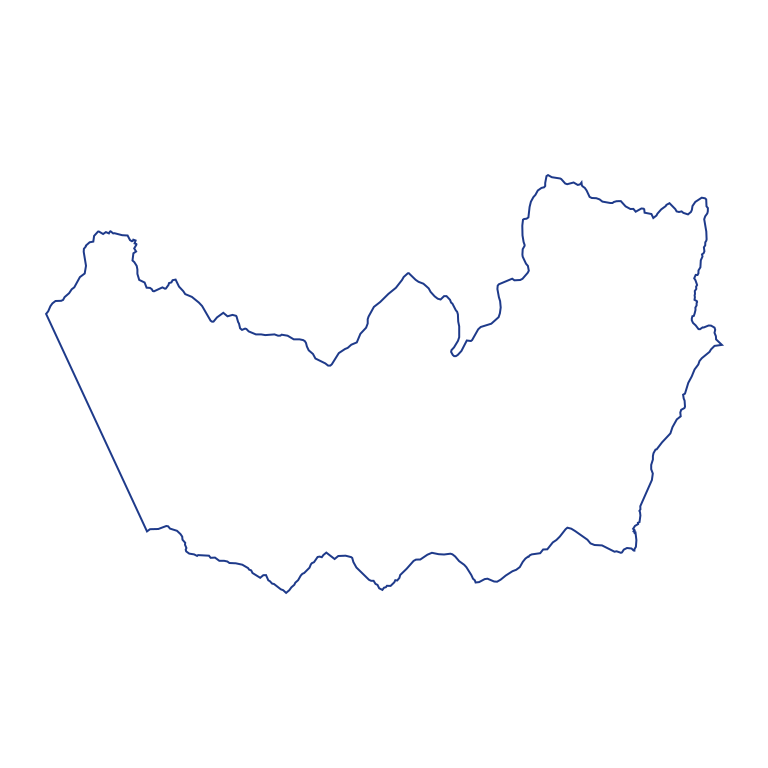 outline of Calima, Valle del Cauca, Colombia
{"feature_id": "7082276B94395141643556", "entity_name": "Calima", "entity_type": "district", "adm_level": 2, "iso_a3": "COL", "parent_name": "Colombia", "parent_adm1": "Valle del Cauca", "projection": "equal_earth", "projection_center": [-76.599, 3.955], "detail": "fine", "context": "isolated", "style": "outline", "palette": "blue", "viewbox_px": 768, "rotation_deg": 0, "n_neighbors": 0, "source": "geoboundaries", "source_scale": "gbopen_adm2", "svg_char_len": 6104}
<svg xmlns="http://www.w3.org/2000/svg" viewBox="0 0 768 768"><path d="M581.5,182.5L580.2,184.2L578.9,184.7L577.7,184.9L573.6,182.5L567.2,184.2L565.2,183.5L561.3,179.1L560.2,178.5L551.8,177.2L548.0,175.1L546.5,176.1L545.2,183.0L545.2,186.0L544.1,187.3L541.5,187.9L537.8,190.5L535.4,194.9L533.4,197.1L530.9,201.7L529.6,206.9L528.4,217.4L526.6,218.7L524.1,219.0L523.0,219.7L522.3,225.7L522.5,235.4L523.6,242.0L524.6,244.9L524.6,245.8L522.7,249.2L522.4,254.6L522.7,256.7L526.0,263.7L527.9,265.9L528.8,270.7L527.7,272.8L522.5,278.8L520.2,280.0L514.4,280.3L512.2,278.7L498.8,284.3L497.7,285.7L497.4,289.0L498.9,297.2L500.1,301.1L500.7,307.5L499.9,313.3L498.6,317.2L491.3,323.7L480.7,327.0L478.2,329.3L472.1,340.1L470.9,341.0L466.8,340.5L461.4,351.0L457.7,355.0L455.9,356.1L454.1,356.1L452.8,355.0L451.1,351.9L451.5,350.1L454.0,347.4L458.0,340.8L459.2,337.2L459.2,326.4L458.2,321.5L457.9,314.4L457.1,311.7L455.9,310.4L452.4,303.6L451.1,302.6L450.0,299.8L446.5,296.1L444.1,296.1L440.6,299.5L437.7,298.7L434.6,296.3L430.6,291.9L428.7,288.4L426.5,286.4L423.4,283.7L418.5,281.8L415.6,279.8L408.8,273.2L407.8,273.3L403.7,277.0L402.0,280.0L395.9,287.8L388.4,293.9L380.2,302.0L373.9,306.9L368.6,316.5L367.7,319.2L367.7,323.5L366.1,327.7L360.4,333.8L356.8,342.4L351.3,344.7L347.7,347.9L345.0,349.0L338.8,353.1L331.8,364.3L330.3,365.6L328.1,365.6L325.3,363.4L315.4,358.5L313.0,354.0L308.7,350.3L306.9,346.5L306.0,343.0L304.9,341.2L303.2,340.1L299.4,339.3L293.7,339.3L287.6,335.7L281.6,334.7L280.4,335.6L278.1,335.7L274.5,334.4L265.3,335.1L261.2,334.4L255.9,334.4L248.7,331.4L246.4,329.0L245.1,328.6L242.0,329.9L240.1,328.3L239.0,323.6L238.1,322.0L236.5,316.4L236.0,315.8L232.5,314.9L227.5,316.3L223.3,312.8L217.0,317.4L213.5,321.6L212.1,321.7L210.6,320.7L202.1,306.0L198.9,302.6L191.9,296.9L185.2,294.1L183.3,291.2L179.0,286.6L175.6,279.6L172.6,280.2L171.4,282.4L169.0,283.1L168.5,284.9L165.9,288.5L165.0,288.7L162.4,287.4L154.0,291.3L152.8,291.0L151.8,289.2L150.0,287.9L146.6,287.7L144.6,282.5L139.2,279.9L137.4,273.9L137.4,269.5L136.7,265.9L134.3,262.1L132.5,260.5L133.4,253.3L136.1,251.5L134.2,248.4L136.4,244.7L136.3,244.0L134.6,243.4L135.6,240.5L133.3,239.7L132.7,241.0L131.8,241.2L130.0,240.1L127.6,235.5L122.2,235.2L114.5,233.2L113.2,233.4L110.6,231.3L109.9,231.6L108.9,233.4L105.9,232.1L103.1,234.0L98.8,231.5L98.0,231.6L94.1,235.9L93.3,241.6L89.6,242.3L85.9,245.6L85.9,246.4L83.9,248.8L83.7,251.8L86.0,265.8L84.7,273.5L79.9,277.1L74.3,287.3L71.7,289.3L69.1,293.2L64.6,297.1L63.1,299.9L61.2,300.8L55.5,301.0L52.4,303.4L50.4,306.2L48.2,311.3L46.1,313.9L147.0,531.4L150.0,529.2L158.3,529.0L166.3,526.0L168.1,526.3L170.0,528.6L177.0,530.8L180.5,534.1L182.2,536.6L182.5,539.7L185.2,542.8L185.0,544.7L186.4,548.0L185.7,549.7L186.2,551.4L189.2,553.6L194.1,554.4L197.1,555.9L198.1,555.1L209.0,555.7L210.6,557.8L215.0,557.6L219.3,560.8L224.1,560.8L227.4,561.5L229.4,563.0L235.8,563.3L242.3,564.7L248.1,568.1L249.1,569.6L251.2,570.4L252.5,573.0L260.2,577.8L263.3,575.2L266.0,575.1L268.3,580.3L269.9,581.2L272.1,583.6L274.0,584.0L280.8,589.3L283.2,590.2L286.1,592.9L289.3,590.2L291.4,587.3L294.3,584.8L295.3,582.7L298.1,580.2L300.8,575.5L302.4,573.8L304.2,573.0L309.5,567.7L310.8,564.5L311.8,563.2L314.0,562.2L317.6,557.0L319.6,556.6L321.8,557.2L323.4,555.0L326.3,552.6L334.6,559.0L338.3,556.0L345.6,555.7L351.1,557.1L352.2,557.9L353.4,562.1L356.4,567.5L369.0,579.8L371.1,580.8L373.6,580.8L375.5,583.9L377.5,584.9L379.2,588.3L382.4,589.9L384.0,587.7L385.9,587.2L386.9,585.8L390.6,585.9L394.3,582.3L395.3,580.2L397.2,580.5L399.4,577.9L400.2,575.0L406.7,568.7L413.6,560.9L416.0,559.6L420.3,559.5L427.4,554.7L431.9,552.8L438.7,554.2L444.1,554.5L450.4,553.7L452.4,554.3L455.2,556.5L459.1,561.1L464.2,564.8L466.4,567.2L471.3,575.0L473.0,578.7L474.8,580.3L475.6,582.5L479.1,582.1L484.7,579.1L487.5,578.7L494.1,581.5L497.1,581.7L500.6,579.7L505.8,575.5L512.5,571.2L516.2,569.8L519.8,567.1L522.8,561.8L525.4,558.6L528.1,556.6L528.6,556.8L529.8,555.3L531.7,554.4L540.2,553.2L543.1,549.5L547.3,549.3L552.8,542.4L556.4,540.0L559.8,536.6L565.6,529.2L567.4,527.7L571.3,528.7L575.2,531.1L587.4,539.7L590.5,543.4L594.5,545.0L602.0,545.4L614.5,551.7L616.6,551.3L620.9,552.8L622.0,552.4L623.8,549.6L627.0,548.0L631.5,548.5L633.6,550.5L634.4,550.6L634.5,549.1L635.9,546.8L636.4,540.2L635.6,533.4L635.3,533.7L634.6,533.0L634.9,532.3L633.5,531.4L634.0,530.4L635.0,531.6L634.4,529.8L633.1,528.8L635.0,525.9L638.1,524.1L637.9,522.8L639.5,522.1L640.4,515.5L640.0,512.1L639.4,510.9L640.4,509.4L640.3,506.2L651.9,480.0L652.8,473.5L651.2,469.2L651.2,464.9L652.9,459.5L652.9,456.1L653.5,453.2L655.5,449.6L656.7,449.3L662.0,442.4L670.4,433.4L672.5,427.1L676.8,419.4L680.7,416.3L680.3,412.5L681.2,409.8L684.4,408.1L685.0,406.7L684.6,400.7L683.7,398.5L683.1,394.7L685.0,393.6L688.3,382.8L691.7,376.5L694.6,369.4L698.3,364.5L699.5,361.0L701.8,358.2L709.5,351.9L711.0,349.4L714.5,345.9L721.9,344.9L716.1,339.4L715.9,336.2L714.5,332.8L715.2,329.8L714.5,327.6L711.0,325.6L708.6,325.5L703.7,327.5L702.6,327.4L700.0,329.2L698.5,329.1L695.7,325.4L693.0,322.9L691.8,320.3L691.8,318.5L692.4,316.2L693.8,315.9L694.6,313.6L695.5,309.9L695.4,307.6L696.6,305.4L696.6,303.1L697.1,302.0L696.9,301.2L694.5,299.8L694.9,297.2L694.6,295.3L695.0,294.0L694.8,291.0L696.3,288.9L696.1,286.7L697.1,285.0L695.5,280.3L694.2,278.3L695.7,274.9L697.5,275.0L698.4,273.4L698.5,270.4L700.4,267.3L700.8,260.3L702.5,256.5L702.0,254.4L703.6,253.2L704.4,251.3L703.9,247.3L705.2,245.4L705.3,242.3L706.3,240.7L706.6,239.3L706.3,231.6L704.2,219.2L705.2,216.3L707.3,213.4L707.8,211.4L707.9,208.1L706.5,206.3L706.2,199.4L705.0,198.3L701.7,197.7L695.3,201.9L692.5,206.0L691.9,209.8L691.0,211.9L688.0,214.4L683.4,212.9L681.6,211.4L679.0,212.0L676.6,211.4L675.3,209.1L669.5,203.2L666.4,204.9L665.7,206.1L661.2,209.4L657.4,213.7L656.5,215.5L653.3,218.0L651.4,214.0L644.6,212.7L644.2,209.3L643.6,208.7L641.4,208.5L635.7,211.7L633.4,208.9L630.4,209.0L625.6,206.4L620.8,201.1L616.6,201.2L613.8,202.0L612.5,203.0L610.3,203.0L602.4,201.6L599.6,199.4L596.3,198.2L591.8,198.0L589.6,196.9L586.6,190.5L584.8,187.9L582.4,186.2L581.8,185.1L581.5,182.5Z" fill="none" stroke="#1e3a8a" stroke-width="2"/></svg>